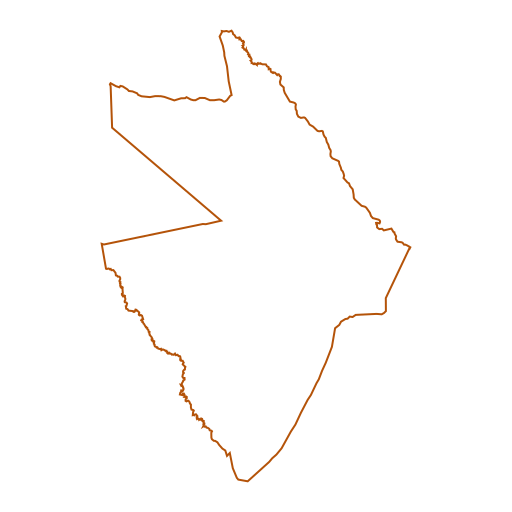 outline of Sioma, Western, Zambia
{"feature_id": "96606910B11966717412590", "entity_name": "Sioma", "entity_type": "district", "adm_level": 2, "iso_a3": "ZMB", "parent_name": "Zambia", "parent_adm1": "Western", "projection": "natural_earth1", "projection_center": [23.042, -16.752], "detail": "fine", "context": "isolated", "style": "outline", "palette": "amber", "viewbox_px": 512, "rotation_deg": 0, "n_neighbors": 0, "source": "geoboundaries", "source_scale": "gbopen_adm2", "svg_char_len": 5998}
<svg xmlns="http://www.w3.org/2000/svg" viewBox="0 0 512 512"><path d="M221.8,31.0L221.9,32.3L219.6,36.5L222.8,45.6L224.2,52.3L224.4,55.8L227.0,66.3L228.7,81.3L231.6,95.1L230.2,95.8L226.8,100.3L224.8,101.6L223.8,101.6L221.5,100.0L219.2,99.5L214.2,100.2L209.9,100.2L204.8,98.0L199.9,97.9L195.5,100.2L193.3,100.2L190.8,99.5L186.5,97.2L185.1,98.2L181.1,98.3L174.3,100.4L164.4,96.9L160.8,96.2L155.3,96.1L149.9,97.1L141.6,96.3L138.2,94.9L137.1,93.3L132.5,91.4L128.9,91.0L127.4,89.4L122.7,86.4L120.4,85.9L119.4,87.3L116.0,86.2L110.6,83.2L109.9,84.3L110.6,86.1L110.7,87.9L112.1,127.7L221.1,220.7L205.8,224.2L202.8,224.0L103.9,244.5L101.7,243.8L106.0,268.7L106.9,269.0L108.3,268.5L109.3,268.8L109.7,269.3L110.7,268.9L111.4,270.2L113.4,270.1L115.5,272.8L115.9,275.4L117.3,275.8L117.7,276.6L119.5,276.7L120.2,278.0L120.2,279.2L119.4,280.9L119.6,281.7L120.4,282.1L120.0,283.3L120.4,283.7L120.1,284.0L120.4,284.8L120.2,285.6L120.8,286.1L120.9,286.6L120.6,286.9L121.0,287.5L121.6,288.0L122.1,287.0L122.7,287.4L122.5,288.8L122.8,293.0L122.7,293.5L121.9,293.8L121.9,294.8L123.0,296.3L123.9,295.4L125.0,295.9L124.8,297.4L125.3,298.3L125.3,299.7L124.6,301.2L124.8,302.2L126.5,302.6L127.1,303.5L126.4,306.0L125.8,306.2L126.2,308.7L127.5,309.1L128.5,310.6L132.1,311.0L133.3,311.2L133.4,311.8L134.0,312.0L134.7,311.6L135.5,309.6L136.3,309.8L136.1,310.6L137.5,310.9L139.2,312.4L138.8,314.6L139.1,315.1L139.9,315.5L140.7,314.9L142.0,315.7L143.1,319.1L141.6,319.5L141.2,320.4L142.5,321.1L142.4,322.1L143.0,322.2L143.5,323.6L144.0,323.9L145.8,327.1L146.3,327.0L146.5,327.8L147.3,328.0L147.4,329.2L148.4,330.1L148.7,331.9L149.5,332.0L149.3,333.8L149.8,334.4L149.7,335.0L151.5,337.0L152.5,339.0L152.5,339.5L151.6,339.5L151.8,340.5L152.7,340.8L153.1,341.5L153.9,341.0L154.3,341.3L153.8,343.8L154.6,344.5L154.5,345.5L154.9,346.4L156.2,346.9L156.6,347.6L157.4,347.3L158.2,348.6L160.1,349.1L161.0,348.8L161.4,350.2L162.9,349.4L165.0,350.3L165.4,350.9L166.3,350.8L166.4,351.5L167.2,351.6L167.2,352.3L167.5,352.2L168.0,352.6L167.7,353.4L167.9,353.6L169.1,353.6L169.6,353.0L170.0,353.6L171.1,353.8L172.0,354.7L172.7,354.4L173.8,354.8L175.0,353.6L175.9,355.2L177.0,354.9L177.8,355.4L177.9,355.2L178.8,356.2L179.8,356.1L180.2,356.5L180.6,358.5L180.2,358.9L180.2,360.0L180.5,360.4L181.1,360.0L181.6,360.8L182.7,360.8L183.7,362.7L183.0,363.4L182.7,364.4L185.4,366.9L185.0,367.6L184.9,369.5L184.1,369.8L183.1,371.1L183.1,372.3L183.8,372.8L183.8,373.2L182.9,374.1L182.4,376.7L183.3,378.0L184.5,378.0L184.6,379.6L183.2,380.5L183.2,381.1L181.8,383.5L181.6,385.0L180.8,384.8L181.4,386.0L182.4,385.7L183.2,387.4L183.0,387.8L183.5,388.4L183.5,389.5L182.8,390.9L182.1,391.3L181.7,390.4L181.2,390.4L181.1,391.8L180.3,392.7L179.9,394.5L182.4,395.1L182.7,393.6L183.8,393.5L184.5,394.7L184.3,395.5L184.8,396.1L184.3,396.9L185.5,397.0L186.1,396.5L186.7,396.9L186.5,397.5L186.8,398.0L185.6,399.3L185.6,400.9L186.5,401.4L188.0,400.6L189.0,401.3L189.7,402.4L189.9,403.5L190.9,404.5L190.9,407.5L191.5,409.6L193.4,410.1L193.8,410.7L193.1,412.0L192.8,415.1L193.7,414.8L194.2,415.3L195.1,414.4L196.0,414.3L197.4,416.1L196.6,417.0L197.3,417.9L196.8,418.7L197.0,419.1L198.1,418.4L198.8,418.8L199.1,419.9L200.0,419.3L200.7,419.7L201.2,418.5L202.1,418.9L202.5,421.2L202.8,421.4L203.3,420.8L203.8,421.0L203.6,422.7L204.4,423.3L204.3,424.4L203.4,424.5L203.6,425.7L203.3,426.3L203.6,426.1L204.6,426.7L205.7,426.4L206.5,427.6L207.7,427.8L209.3,428.9L209.7,430.3L211.5,430.7L212.0,431.3L211.3,432.7L211.4,437.7L211.9,439.2L213.8,440.8L215.2,440.9L217.4,442.3L219.2,445.0L222.4,448.6L225.3,450.5L227.0,455.9L229.8,453.0L232.8,468.2L236.8,477.8L238.3,479.6L247.7,481.3L269.2,461.9L272.2,458.3L276.4,454.6L281.6,448.3L290.9,431.5L295.4,424.6L300.9,412.8L307.7,399.8L310.9,395.0L316.5,383.2L318.8,379.3L322.1,370.7L325.7,362.9L331.9,346.9L335.1,328.2L339.3,324.9L341.0,321.7L345.4,319.0L347.6,318.7L349.7,316.6L352.6,317.0L355.7,314.9L376.6,313.9L381.7,314.3L384.0,313.0L385.9,311.1L385.8,298.1L409.7,247.7L409.9,248.1L410.3,247.3L407.1,245.4L405.3,244.6L404.1,244.7L402.6,242.8L401.7,242.3L397.5,241.7L396.0,239.4L395.8,238.3L396.1,236.3L394.5,233.4L394.4,232.3L393.4,231.9L391.4,228.6L383.8,230.4L382.1,228.8L379.3,229.1L377.5,227.8L377.1,227.4L377.0,224.9L376.4,224.5L376.1,222.9L377.1,222.8L379.5,223.4L380.1,221.9L379.8,220.6L378.7,219.7L372.8,218.1L371.0,216.0L369.9,212.8L366.2,207.6L364.9,206.7L361.6,205.8L354.8,199.5L353.8,197.8L353.6,194.5L352.7,189.3L350.0,186.1L349.0,183.3L347.5,182.5L343.5,178.0L344.1,175.8L343.7,174.0L342.8,171.5L341.3,169.8L340.9,167.8L339.3,163.9L339.0,161.6L338.2,160.9L332.3,158.3L330.6,156.2L330.4,154.0L330.8,151.6L330.6,150.2L329.2,147.9L328.3,144.6L326.8,142.0L325.8,137.9L324.6,136.7L323.5,134.5L322.8,131.4L321.9,130.9L319.1,131.3L317.5,130.9L313.1,126.6L309.6,124.6L307.9,121.5L305.1,117.9L304.0,117.4L300.9,117.9L298.3,116.6L296.9,113.8L296.7,110.9L295.7,109.3L295.5,106.5L295.9,104.6L295.7,104.0L294.9,103.1L293.6,102.5L289.9,101.6L284.7,92.8L283.8,89.9L283.7,87.4L280.4,84.5L279.9,81.9L280.8,78.9L280.8,76.6L280.1,75.9L279.7,76.0L278.9,74.4L278.1,74.2L277.2,75.1L275.0,72.7L273.8,72.5L273.6,72.8L273.0,72.3L272.6,72.8L271.1,71.9L270.6,70.8L270.5,69.0L269.6,68.6L268.7,69.1L268.5,67.0L267.0,66.3L265.9,64.4L262.3,64.3L260.4,63.3L260.0,63.8L258.9,63.4L257.8,64.1L257.6,63.3L256.6,64.0L256.7,64.8L254.8,63.4L254.4,63.4L254.2,64.1L253.4,64.1L252.1,62.9L251.6,63.0L251.6,61.8L250.6,60.6L251.4,60.2L251.6,59.3L250.5,57.2L250.1,57.4L249.6,56.9L249.7,56.2L249.0,56.1L249.3,54.8L248.5,54.8L248.0,54.3L248.4,53.7L248.3,53.0L247.9,52.4L246.8,51.6L247.0,51.0L246.8,50.3L245.9,49.9L245.9,49.6L245.6,50.1L245.4,49.8L244.4,49.7L243.7,48.3L242.7,47.7L243.2,47.3L242.9,46.5L243.3,45.8L242.9,45.6L243.5,45.3L243.6,44.6L243.0,43.6L243.9,42.3L243.9,41.9L243.0,41.6L243.1,41.3L243.5,41.5L243.3,40.9L241.7,41.0L240.8,39.3L239.4,39.4L239.4,38.7L239.8,38.8L239.8,37.7L239.5,37.4L237.6,37.9L235.9,37.5L234.7,35.3L233.1,34.1L232.7,32.4L231.5,30.7L228.9,31.8L226.5,31.0L223.9,31.4L221.8,31.0Z" fill="none" stroke="#b45309" stroke-width="2"/></svg>